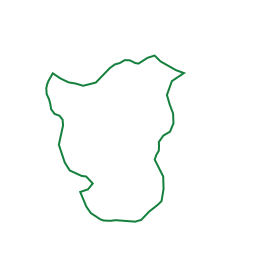 SVG path tracing the border of Bilecik, rotated 329°
{"feature_id": "TUR-2263", "entity_name": "Bilecik", "entity_type": "Province", "adm_level": 1, "iso_a3": "TUR", "parent_name": "Turkey", "parent_adm1": "", "projection": "orthographic", "projection_center": [30.109, 40.071], "detail": "fine", "context": "isolated", "style": "outline", "palette": "green", "viewbox_px": 256, "rotation_deg": 329, "n_neighbors": 0, "source": "natural_earth", "source_scale": "10m", "svg_char_len": 865}
<svg xmlns="http://www.w3.org/2000/svg" viewBox="0 0 256 256"><g transform="rotate(329 128 128)"><path d="M188.1,79.6L190.2,87.7L198.9,103.1L204.2,109.7L189.8,110.4L178.4,119.7L175.9,129.1L174.1,138.8L169.4,147.4L162.1,152.8L154.4,152.7L147.2,155.9L145.1,159.8L142.6,163.4L138.4,165.7L134.6,168.9L133.2,187.7L127.0,198.7L119.1,207.9L113.8,209.2L103.2,210.5L92.0,213.6L85.8,211.9L70.0,200.7L65.1,198.5L59.4,194.7L57.1,191.8L52.3,181.8L51.8,174.0L54.1,158.2L62.1,160.0L69.2,157.4L67.2,148.1L63.5,145.1L56.2,134.4L56.0,125.1L60.1,106.7L73.7,92.3L76.2,87.2L75.6,82.2L72.3,78.1L71.8,72.2L73.6,67.9L75.1,62.9L75.8,56.9L78.4,51.9L81.1,49.0L84.2,46.6L91.7,42.4L95.6,50.7L100.6,58.3L106.1,63.0L111.3,68.7L123.8,72.5L143.2,67.3L149.3,66.7L154.5,68.1L160.0,68.1L164.4,70.9L167.7,76.1L170.2,78.2L180.8,77.9L188.1,79.6Z" fill="none" stroke="#15803d" stroke-width="2"/></g></svg>